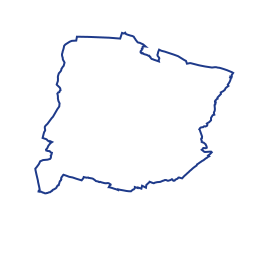 Priboieni, Arges, Romania, rotated 19°
{"feature_id": "2599482B44265278220237", "entity_name": "Priboieni", "entity_type": "district", "adm_level": 2, "iso_a3": "ROU", "parent_name": "Romania", "parent_adm1": "Arges", "projection": "orthographic", "projection_center": [25.081, 44.876], "detail": "fine", "context": "isolated", "style": "outline", "palette": "blue", "viewbox_px": 256, "rotation_deg": 19, "n_neighbors": 0, "source": "geoboundaries", "source_scale": "gbopen_adm2", "svg_char_len": 5694}
<svg xmlns="http://www.w3.org/2000/svg" viewBox="0 0 256 256"><g transform="rotate(19 128 128)"><path d="M194.4,158.1L195.4,158.0L195.4,157.9L195.9,157.3L196.4,156.0L197.1,154.6L198.1,152.9L198.8,151.5L199.7,150.0L200.4,148.5L201.4,146.9L202.3,145.2L203.3,143.6L204.3,142.2L205.1,141.1L205.1,140.0L206.0,138.9L206.9,137.6L207.9,136.3L208.8,135.0L209.9,133.9L210.7,132.6L211.4,131.5L212.3,130.5L213.2,129.0L213.9,128.4L213.7,128.3L212.7,127.9L213.9,126.2L214.7,124.6L215.1,123.7L214.2,123.3L213.5,123.6L213.2,123.7L212.9,123.8L209.2,125.4L208.0,125.7L206.6,125.2L204.8,124.6L205.5,123.4L205.7,122.4L206.4,122.2L208.1,121.8L208.9,121.0L208.5,120.2L208.1,119.6L207.3,118.9L206.8,118.2L205.5,117.7L204.3,117.2L203.0,117.3L202.2,117.2L202.0,116.3L201.4,115.4L201.1,115.3L200.7,114.5L200.8,113.8L201.2,113.5L200.8,111.9L196.0,105.9L195.9,105.9L196.0,105.2L196.3,104.4L196.8,103.7L197.5,103.4L197.9,103.1L198.7,102.8L199.1,102.1L199.4,101.6L200.3,101.4L200.9,101.3L201.5,100.6L202.0,100.1L202.0,99.6L202.0,99.1L201.5,98.4L201.1,98.1L201.9,97.1L202.8,96.1L203.6,94.5L204.0,93.7L203.2,91.4L203.9,88.3L205.3,87.3L204.3,85.9L204.2,84.8L204.4,83.6L204.0,81.8L202.4,78.2L202.4,77.3L202.8,77.2L202.6,75.1L202.4,75.1L201.8,75.1L201.5,74.4L201.8,73.2L202.2,72.6L202.5,71.7L203.2,71.1L202.7,70.0L204.8,65.6L204.1,64.2L206.0,62.2L207.2,60.2L207.2,59.0L207.6,58.0L208.6,56.5L209.3,55.5L208.2,54.5L209.0,51.9L209.0,51.2L209.2,50.1L209.1,47.8L208.4,47.2L209.0,46.9L208.2,46.0L209.4,45.6L208.8,44.1L209.5,41.7L208.0,41.4L204.4,41.2L203.0,41.1L199.9,41.1L199.5,41.1L196.2,41.2L194.9,41.3L194.4,41.4L193.1,41.7L191.7,41.8L190.2,42.3L187.7,43.5L183.8,44.2L181.1,44.7L178.3,45.1L174.6,45.6L172.1,45.8L166.0,46.3L165.4,46.5L162.8,48.0L161.0,45.7L159.0,45.4L152.0,43.8L147.3,43.7L139.9,43.8L138.1,43.8L134.4,44.1L131.9,43.8L131.8,46.7L132.0,47.9L132.0,49.3L132.6,50.2L133.5,50.8L134.5,51.4L134.9,51.9L135.0,52.4L134.8,53.1L134.9,53.8L135.2,54.3L135.6,55.0L130.7,55.0L129.8,55.0L129.2,54.9L127.8,55.0L126.8,54.4L125.7,53.7L125.8,53.5L124.5,52.8L124.2,53.1L122.4,52.8L121.0,52.8L120.2,52.9L119.1,52.9L117.7,52.8L117.7,52.5L116.3,52.4L116.2,52.8L115.4,52.5L115.2,52.2L115.0,51.5L115.0,51.1L115.1,50.9L115.5,50.2L115.6,49.7L115.3,48.7L115.8,48.5L116.0,48.2L115.4,46.9L115.4,46.4L115.8,46.0L117.1,45.4L118.1,45.2L115.1,44.0L112.8,43.8L111.3,43.6L110.5,43.8L109.7,43.9L109.0,43.7L106.5,42.1L106.1,41.7L104.6,40.6L103.7,39.8L102.2,39.6L100.4,39.8L97.0,39.9L95.5,39.8L94.3,38.8L93.9,39.4L93.4,40.0L91.4,40.0L91.5,46.0L81.0,48.7L61.7,54.5L50.0,58.3L50.6,62.2L46.5,63.9L45.2,65.0L44.3,66.0L41.6,69.4L41.2,70.3L40.9,71.1L40.9,71.5L41.0,72.0L41.2,73.5L41.3,75.3L41.3,76.8L41.5,78.1L41.5,78.3L41.5,78.9L41.6,79.8L41.9,80.6L42.0,80.8L42.2,81.2L43.1,82.5L43.5,83.0L43.9,84.1L44.5,84.8L46.4,86.5L46.7,86.8L46.8,88.0L46.8,88.3L46.9,89.4L46.9,90.3L46.4,91.4L45.8,94.0L46.0,94.7L46.0,95.6L46.0,95.8L45.4,97.5L44.8,98.8L44.9,101.7L45.1,102.7L45.6,103.8L46.4,106.3L46.4,110.1L46.6,110.3L50.1,111.9L51.0,112.6L51.9,114.3L51.4,114.9L51.4,116.5L50.5,117.0L50.0,118.5L51.0,120.0L51.7,121.6L52.1,122.9L53.4,125.1L55.3,127.0L55.5,128.0L56.0,130.1L55.1,133.1L54.5,136.2L53.4,141.8L52.6,143.6L51.2,148.1L50.5,150.3L50.0,151.3L49.5,152.2L49.1,153.3L49.0,154.0L49.3,155.0L50.4,157.0L50.4,157.7L50.1,158.9L50.1,160.3L50.5,165.2L53.1,165.2L52.9,165.2L54.1,165.2L54.8,165.3L55.1,165.4L55.3,165.5L56.0,166.0L58.4,166.5L58.5,165.8L60.8,166.0L59.6,167.6L59.4,168.2L58.5,170.6L58.2,173.6L57.5,175.1L58.0,175.9L59.9,175.8L61.3,175.4L62.0,175.6L62.7,176.2L64.1,176.2L64.3,178.3L63.9,179.2L64.6,180.3L64.7,181.5L64.4,182.6L62.3,184.1L58.1,186.0L55.8,188.1L55.5,191.1L54.3,194.9L53.6,196.6L54.4,198.2L56.6,201.8L59.9,207.0L60.6,208.4L63.0,212.3L64.6,215.1L64.4,215.2L64.3,215.8L64.0,216.4L64.1,217.2L65.5,217.0L66.2,216.7L66.5,216.5L67.6,216.6L68.0,216.8L68.9,216.7L69.4,216.6L69.9,216.8L70.6,216.8L71.7,216.5L72.4,215.9L73.0,215.7L73.5,215.2L74.3,214.5L75.2,214.1L75.5,213.6L76.1,212.8L76.3,212.3L76.8,212.0L76.9,211.2L77.4,210.6L78.3,209.8L79.0,208.9L79.3,208.6L79.8,207.6L79.8,206.7L80.1,205.6L80.3,205.1L80.9,204.9L81.1,204.7L81.0,204.4L81.0,203.8L81.0,202.4L80.9,201.6L80.9,200.5L81.2,200.0L81.6,199.3L81.5,199.1L81.4,198.4L81.6,198.2L81.1,197.1L81.3,195.8L81.7,195.1L81.7,194.4L81.8,194.0L82.2,193.2L85.6,193.2L88.2,193.3L89.0,193.2L91.7,192.8L95.7,192.8L101.2,192.6L102.1,190.1L102.1,188.8L103.3,188.7L104.6,188.5L104.9,188.5L105.4,188.3L105.8,188.1L106.4,187.9L106.6,187.8L106.8,187.9L107.1,188.0L108.2,187.7L108.7,187.7L110.2,187.4L111.4,187.4L111.9,187.5L113.3,188.0L113.8,188.1L114.9,188.6L115.8,188.5L116.4,188.4L117.0,188.4L117.5,188.3L117.9,188.5L118.5,188.5L119.1,188.0L120.9,188.0L122.1,187.9L123.5,187.8L125.0,187.5L126.7,186.7L127.3,186.6L127.6,186.5L128.8,186.7L129.6,187.0L129.9,187.0L130.0,187.1L130.1,187.3L129.6,188.0L129.3,188.8L129.2,189.4L129.1,190.2L129.4,190.1L130.8,190.0L132.4,189.9L133.0,189.9L134.6,189.9L136.8,189.8L138.9,189.9L138.7,189.2L139.0,189.2L140.7,189.0L142.6,188.7L143.8,188.5L146.6,188.1L147.2,188.0L149.1,187.6L151.4,186.9L152.6,184.8L153.1,184.5L153.5,184.1L154.0,182.9L153.9,182.1L153.8,181.9L153.7,181.6L156.8,181.6L156.8,181.0L160.4,181.0L160.1,178.0L161.1,178.1L162.2,178.3L164.4,178.6L163.9,175.9L165.0,173.8L165.7,172.6L165.8,172.4L165.9,172.1L165.9,171.8L167.2,171.8L168.0,171.9L169.3,171.9L169.7,171.9L170.4,171.8L170.5,171.7L171.4,170.8L171.6,170.7L173.2,169.7L174.6,169.1L176.1,168.4L178.2,166.5L178.9,166.1L179.4,165.5L180.0,165.1L181.1,164.8L182.0,164.9L183.0,164.9L184.4,163.9L185.3,163.2L186.2,162.1L186.7,162.2L187.6,162.9L188.1,163.1L188.7,162.9L189.3,162.4L189.6,161.4L191.0,160.1L191.4,159.6L191.7,158.8L191.8,158.5L192.3,158.2L194.4,158.1Z" fill="none" stroke="#1e3a8a" stroke-width="2"/></g></svg>